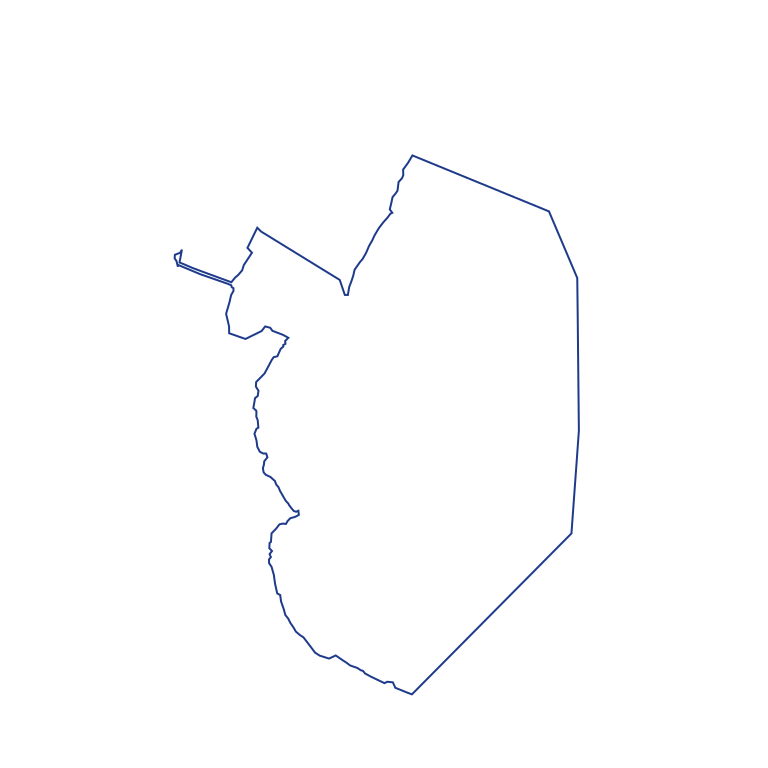 Ngetkib, Palau (orthographic projection), rotated 45°
{"feature_id": "81905179B7485238607741", "entity_name": "Ngetkib", "entity_type": "district", "adm_level": 2, "iso_a3": "PLW", "parent_name": "Palau", "parent_adm1": "", "projection": "orthographic", "projection_center": [134.51, 7.364], "detail": "fine", "context": "isolated", "style": "outline", "palette": "blue", "viewbox_px": 768, "rotation_deg": 45, "n_neighbors": 0, "source": "geoboundaries", "source_scale": "gbopen_adm2", "svg_char_len": 2337}
<svg xmlns="http://www.w3.org/2000/svg" viewBox="0 0 768 768"><g transform="rotate(45 384 384)"><path d="M242.5,202.3L244.6,210.6L245.9,218.9L249.9,222.6L251.2,225.6L251.5,230.9L256.8,237.7L257.5,241.0L257.9,245.8L260.9,250.4L264.6,256.4L268.8,257.1L268.1,259.1L268.8,263.5L269.2,270.3L269.5,272.6L270.1,277.2L272.2,285.5L274.2,291.0L275.8,296.9L278.6,303.9L280.5,310.8L280.8,314.9L282.4,324.0L285.7,329.2L288.3,334.4L290.8,340.0L295.5,346.6L293.3,348.7L279.1,341.7L189.3,363.1L183.9,363.1L191.2,384.3L197.8,384.5L200.8,399.1L203.3,403.8L203.8,409.7L203.5,414.1L204.1,420.0L175.6,433.2L166.2,437.5L156.6,441.3L153.5,442.7L146.1,431.9L146.8,434.4L147.1,435.2L144.8,440.5L147.1,443.2L150.4,443.8L151.1,444.3L155.3,446.8L154.4,445.3L176.4,436.3L202.9,423.5L206.2,422.2L207.9,423.2L209.8,422.7L211.8,424.7L213.0,429.2L216.9,435.4L222.7,446.0L233.8,452.9L238.6,457.6L254.2,450.1L260.0,433.1L259.3,427.3L263.8,424.7L267.5,425.3L277.5,420.8L281.7,419.5L283.7,419.0L283.7,423.5L285.9,425.3L285.2,427.7L286.3,428.7L286.1,432.2L287.5,435.9L289.0,439.8L287.0,443.1L287.7,446.7L289.5,452.4L292.1,461.1L292.2,473.0L295.2,476.4L297.7,477.0L300.0,477.5L303.2,481.8L302.8,485.2L305.2,488.5L308.6,493.4L312.5,493.2L313.7,494.1L316.8,497.4L320.3,498.9L326.0,503.7L325.5,505.9L327.6,510.8L333.8,514.1L338.8,518.0L344.1,519.7L347.5,518.7L349.9,516.5L353.4,518.3L354.0,523.4L355.9,525.6L358.0,529.3L361.4,531.6L364.6,531.8L369.5,530.0L372.7,529.9L375.3,529.7L378.9,531.3L382.4,531.6L386.0,533.1L389.8,534.1L392.6,534.9L397.3,536.1L400.8,536.2L402.8,536.8L406.6,537.3L409.9,537.6L412.2,536.5L413.1,534.2L416.3,536.7L415.8,538.8L415.0,541.0L412.7,545.1L412.7,548.9L413.6,552.3L411.2,554.2L409.3,557.2L410.0,562.6L410.1,569.1L415.7,575.6L415.5,577.3L419.0,581.2L422.9,581.3L423.4,585.2L426.4,586.4L426.7,589.3L429.5,592.0L433.8,592.8L441.1,596.9L448.4,602.4L456.6,607.6L459.8,606.6L464.9,610.5L472.3,614.1L477.6,617.1L482.1,617.6L486.9,619.2L492.4,620.2L496.7,621.4L501.8,621.0L506.2,620.1L517.5,621.6L525.2,622.7L530.7,621.5L539.3,617.0L541.8,610.1L550.4,608.5L555.0,607.5L559.0,607.0L566.0,603.6L569.8,602.9L572.1,601.7L575.2,602.1L582.0,600.1L595.9,595.2L596.8,592.3L601.2,588.7L606.8,590.8L617.3,586.4L623.2,583.7L622.2,357.1L554.9,279.3L505.9,231.3L470.6,196.7L445.7,172.4L378.6,145.3L242.5,202.3Z" fill="none" stroke="#1e3a8a" stroke-width="2"/></g></svg>